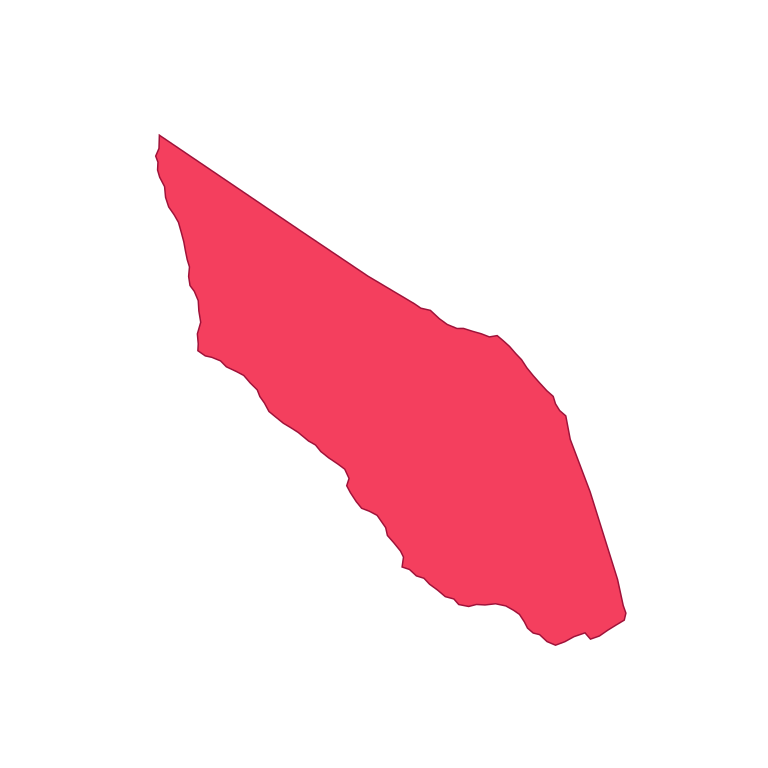 outline of Santanópolis, Bahia, Brazil, rotated 321°
{"feature_id": "56859067B97694187874287", "entity_name": "Santanópolis", "entity_type": "district", "adm_level": 2, "iso_a3": "BRA", "parent_name": "Brazil", "parent_adm1": "Bahia", "projection": "mercator", "projection_center": [-38.873, -11.961], "detail": "fine", "context": "isolated", "style": "filled", "palette": "rose", "viewbox_px": 768, "rotation_deg": 321, "n_neighbors": 0, "source": "geoboundaries", "source_scale": "gbopen_adm2", "svg_char_len": 1615}
<svg xmlns="http://www.w3.org/2000/svg" viewBox="0 0 768 768"><g transform="rotate(321 384 384)"><path d="M366.0,49.3L357.4,59.3L350.0,63.2L347.9,69.4L342.7,75.2L339.8,82.1L337.7,92.5L331.7,101.5L328.1,110.9L327.4,120.4L326.0,129.0L321.8,138.8L317.9,147.5L313.4,155.7L309.4,163.4L306.5,170.6L299.9,177.4L295.2,185.4L294.9,192.6L292.1,202.3L286.1,210.7L280.4,220.7L270.5,227.6L264.9,235.9L260.3,241.0L262.8,249.7L266.9,254.8L271.5,263.1L272.3,271.4L277.3,281.8L280.4,289.1L280.7,299.1L281.8,308.8L279.6,315.7L279.1,323.5L277.3,333.0L279.1,341.8L281.1,351.2L283.9,358.8L286.8,367.5L289.5,380.9L292.4,388.3L292.4,396.8L294.6,406.8L297.7,416.9L299.9,425.5L297.4,435.4L291.0,439.6L289.5,447.3L288.4,458.0L288.4,466.5L292.4,473.4L296.0,481.7L294.9,496.7L291.3,503.9L291.7,513.1L291.7,524.2L290.2,530.8L282.9,537.6L287.1,544.2L288.4,553.5L292.8,560.1L293.4,568.3L295.9,577.7L297.8,587.8L303.0,595.0L303.3,602.4L309.8,610.2L317.1,613.5L323.5,619.3L332.4,625.0L339.0,633.1L342.3,641.4L344.3,648.3L343.4,657.1L341.9,664.0L343.2,671.4L347.2,676.7L348.6,686.8L352.9,694.9L362.4,698.1L372.6,699.9L383.6,703.9L383.9,712.2L392.8,715.4L402.6,716.1L412.2,717.3L422.1,718.7L427.8,714.3L430.5,706.7L442.5,682.9L476.3,597.6L488.1,561.8L493.9,544.2L505.2,523.2L503.8,515.2L504.8,507.3L507.7,500.1L506.3,491.7L505.6,480.8L505.2,471.4L505.2,461.3L506.2,451.7L505.5,443.2L505.2,433.8L503.8,424.9L502.4,417.6L495.5,413.7L491.4,406.5L485.8,398.5L480.8,390.9L475.6,386.7L470.6,377.5L468.1,368.1L466.4,356.0L460.3,348.2L458.2,341.0L439.4,290.1L415.0,210.7L393.1,138.5L366.0,49.3Z" fill="#f43f5e" stroke="#9f1239" stroke-width="1.5"/></g></svg>